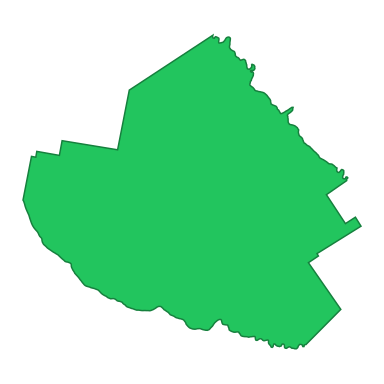 Atamisqui, Santiago del Estero, Argentina (orthographic projection)
{"feature_id": "61730980B38115144575329", "entity_name": "Atamisqui", "entity_type": "district", "adm_level": 2, "iso_a3": "ARG", "parent_name": "Argentina", "parent_adm1": "Santiago del Estero", "projection": "orthographic", "projection_center": [-63.835, -28.669], "detail": "fine", "context": "isolated", "style": "filled", "palette": "green", "viewbox_px": 384, "rotation_deg": 0, "n_neighbors": 0, "source": "geoboundaries", "source_scale": "gbopen_adm2", "svg_char_len": 5954}
<svg xmlns="http://www.w3.org/2000/svg" viewBox="0 0 384 384"><path d="M197.4,328.7L199.2,328.6L200.1,328.6L202.8,329.6L205.6,330.2L207.3,330.3L209.0,329.7L209.7,329.1L210.5,328.1L211.6,327.0L212.5,326.1L213.9,323.9L214.9,322.6L217.1,320.7L218.3,319.9L219.2,319.5L220.8,319.5L221.4,320.0L221.7,321.5L222.2,323.3L222.9,324.3L224.1,324.6L225.4,324.8L227.3,325.0L227.8,325.2L228.1,326.2L228.5,327.3L228.9,328.2L229.2,329.9L230.4,330.8L232.1,331.6L234.0,332.2L235.1,332.2L237.2,331.9L238.3,332.0L239.1,332.5L239.3,333.3L240.1,334.0L240.5,334.9L241.2,335.8L242.5,336.3L244.3,336.6L246.9,336.7L248.8,337.2L250.2,336.8L251.8,336.7L252.9,336.5L254.7,336.5L255.2,336.9L255.3,337.7L255.4,338.9L255.7,340.0L256.9,340.4L257.8,340.0L258.3,339.6L259.3,339.0L260.0,338.7L260.8,338.8L261.5,339.0L262.2,339.6L262.7,340.2L263.7,340.7L264.4,340.7L265.3,340.5L266.4,340.2L267.7,340.0L268.3,340.3L268.5,340.7L268.5,341.4L268.5,342.7L268.6,343.2L269.2,344.3L270.0,345.1L270.5,345.7L271.2,347.1L272.1,347.4L272.7,347.0L273.1,346.5L273.2,345.8L273.9,344.0L274.6,344.0L275.3,344.3L276.0,345.3L277.3,346.1L278.3,346.2L279.4,346.6L280.1,346.3L281.2,346.0L281.7,345.0L281.9,344.3L282.9,344.0L283.8,344.2L284.3,345.0L284.4,345.8L284.5,347.2L285.2,348.2L286.6,348.3L287.4,347.7L288.4,347.1L289.3,346.8L290.0,347.0L290.7,347.3L291.5,348.1L293.8,348.4L294.9,348.8L296.3,348.8L296.8,348.5L297.8,347.5L298.1,346.5L298.5,345.8L299.0,345.1L299.7,344.4L300.7,344.4L301.3,344.5L302.1,344.9L302.5,345.2L302.5,345.9L302.9,346.6L303.9,346.6L304.2,345.9L304.2,345.2L304.6,344.8L305.3,344.6L305.9,344.6L340.8,309.4L308.4,262.7L318.4,256.0L317.0,253.6L361.0,226.2L355.4,217.2L345.4,223.6L326.4,194.7L338.3,186.4L346.7,180.6L346.6,179.3L347.8,177.9L346.9,176.9L345.9,177.1L345.2,178.7L344.2,178.9L343.0,178.4L342.6,177.3L342.9,175.5L343.6,174.4L343.8,172.3L343.7,170.5L342.8,169.8L341.8,169.5L340.9,170.2L340.2,171.3L339.1,172.4L337.9,172.3L336.9,171.4L336.7,169.8L337.0,168.0L335.7,167.3L334.1,165.7L331.9,164.1L329.0,163.8L326.7,161.9L324.9,160.7L323.3,159.7L322.2,159.2L320.1,158.1L319.3,157.2L318.4,155.3L317.9,154.8L317.2,154.2L316.4,153.2L313.6,150.8L312.8,149.9L312.4,149.4L312.1,149.2L311.6,148.6L310.7,147.8L309.7,146.6L308.7,146.1L307.0,145.2L305.1,143.4L304.4,143.3L304.2,143.0L303.5,141.7L303.2,140.7L302.7,139.7L302.5,138.7L302.2,138.2L301.2,137.1L300.5,136.7L299.2,135.5L298.8,134.2L298.4,132.7L298.4,131.5L298.6,130.5L298.6,129.9L298.6,129.7L297.8,128.7L297.3,127.7L296.0,126.7L295.6,126.3L294.6,125.7L292.6,125.0L291.5,124.8L289.4,124.3L289.1,123.7L288.3,122.6L288.2,122.2L288.1,120.7L288.1,118.9L288.0,118.5L287.8,117.7L287.8,116.3L287.4,115.7L287.4,115.0L288.3,113.8L290.3,112.5L291.8,111.2L292.7,110.0L292.7,109.3L292.9,108.0L293.1,107.4L292.0,107.3L289.5,108.9L289.1,109.3L287.2,110.5L285.8,111.2L284.5,112.2L283.2,112.8L282.1,113.4L280.7,113.6L280.3,113.1L278.7,110.2L277.4,109.2L277.3,108.7L277.0,107.5L276.1,106.3L275.2,105.9L273.2,105.1L272.4,104.8L271.7,104.3L271.1,104.0L270.6,101.5L270.6,100.6L269.9,99.2L269.3,98.5L268.2,97.1L266.9,95.3L266.0,94.5L265.0,93.6L263.9,92.8L262.8,92.4L261.5,92.1L259.9,91.7L258.4,91.5L257.5,91.1L256.1,90.9L255.3,90.4L254.8,90.2L254.4,89.3L253.7,88.4L252.9,87.5L251.2,86.3L249.9,85.1L249.8,84.1L250.3,82.7L250.3,81.7L251.3,80.5L251.6,79.0L252.3,77.7L253.3,75.5L253.3,74.6L253.5,73.9L253.4,73.1L253.1,72.4L252.3,71.9L251.4,72.2L250.6,71.4L250.6,70.8L251.4,70.5L253.0,70.5L253.8,70.2L254.4,69.6L254.6,69.2L254.9,68.6L254.7,67.2L254.8,66.3L254.3,65.7L254.0,65.1L252.4,64.4L252.0,64.3L251.6,64.9L251.9,65.5L251.6,66.3L251.6,67.5L251.0,67.8L249.5,69.2L248.8,69.2L247.5,68.8L247.1,67.9L246.8,66.7L246.7,64.8L246.3,63.9L246.2,63.0L245.7,62.2L245.7,61.0L245.4,60.5L245.2,60.4L245.1,60.1L244.5,59.5L243.5,59.3L240.5,60.3L239.7,59.5L238.9,58.3L237.9,57.5L236.8,57.1L236.0,56.4L235.3,55.4L235.3,54.2L234.7,52.1L234.1,51.4L232.6,50.7L231.0,49.7L230.4,49.0L229.5,47.6L229.5,46.1L229.9,44.5L229.9,42.4L230.2,40.5L230.4,38.7L230.0,37.7L229.0,37.1L228.0,37.1L226.9,37.5L226.3,37.9L225.6,38.9L224.9,40.2L223.3,42.1L221.0,42.8L219.1,43.1L218.6,42.1L219.0,39.1L218.8,38.2L217.8,37.6L216.8,37.1L215.7,36.7L214.9,37.2L214.4,38.2L213.2,38.1L212.6,37.0L212.7,36.1L212.9,35.2L129.3,90.1L117.6,149.8L62.1,140.7L59.4,155.4L36.8,151.4L35.8,157.2L31.5,156.4L23.0,200.1L23.7,201.3L24.5,203.7L25.3,206.7L26.2,209.2L27.6,212.4L28.9,215.2L29.8,218.3L31.5,223.2L32.6,225.6L33.9,227.7L35.5,229.7L37.0,231.3L37.9,232.5L38.5,233.8L39.1,235.2L39.8,236.4L40.8,237.4L41.6,238.3L41.9,239.2L42.0,240.5L42.4,242.2L43.6,244.4L46.1,246.6L47.3,247.9L48.8,249.0L50.6,250.2L53.0,251.9L55.1,253.1L56.3,253.9L57.8,254.7L60.7,257.5L62.1,258.8L64.1,260.4L65.0,261.4L66.3,261.9L67.4,262.0L68.5,262.4L69.4,262.7L70.6,263.3L71.2,264.2L71.3,265.2L71.3,266.2L71.6,267.4L72.1,268.4L72.9,270.1L74.1,271.8L74.8,273.3L76.6,275.3L78.6,277.5L80.1,279.6L80.9,280.5L82.5,282.7L83.4,283.7L84.2,284.7L85.0,285.4L86.2,286.1L87.9,286.6L89.8,287.1L90.9,287.7L94.3,288.5L96.0,289.2L97.8,289.8L99.0,290.8L101.3,293.3L102.5,294.3L104.3,295.4L105.3,295.9L106.5,296.4L107.4,297.4L108.5,297.9L109.7,298.4L110.7,298.8L111.7,298.7L112.6,298.6L113.8,298.6L114.9,299.0L116.4,300.0L117.2,300.8L118.2,301.1L118.7,301.2L119.5,301.3L120.5,301.6L121.4,301.9L122.3,302.4L122.7,303.1L123.4,303.8L124.6,304.7L125.3,305.0L126.0,306.0L127.0,306.8L128.3,307.3L130.0,307.8L131.3,308.4L133.1,308.8L134.5,309.4L136.6,310.1L138.7,310.1L141.2,310.5L142.5,310.6L144.8,310.5L146.5,310.6L148.4,310.6L149.3,310.7L150.0,310.7L150.9,310.5L153.4,309.5L154.2,309.0L155.6,308.2L156.6,307.4L157.4,306.9L158.7,306.4L159.8,306.4L161.0,306.6L161.7,307.2L163.0,308.4L164.2,309.8L165.1,310.2L166.4,311.2L167.5,311.9L168.3,312.4L168.9,313.1L169.8,314.1L170.1,314.6L171.1,315.1L172.5,315.6L174.1,316.3L175.3,317.2L176.2,317.7L177.9,318.1L179.2,318.6L180.7,318.8L182.6,319.4L183.7,320.0L185.6,322.5L186.2,324.3L188.0,326.4L189.5,327.8L191.2,328.5L192.7,329.0L194.7,329.2L195.8,329.1L197.4,328.7Z" fill="#22c55e" stroke="#15803d" stroke-width="1.5"/></svg>